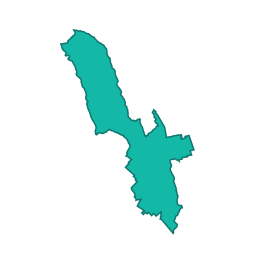 Ruginesti, Vrancea, Romania, rotated 51°
{"feature_id": "2599482B20408246844877", "entity_name": "Ruginesti", "entity_type": "district", "adm_level": 2, "iso_a3": "ROU", "parent_name": "Romania", "parent_adm1": "Vrancea", "projection": "natural_earth1", "projection_center": [27.072, 46.081], "detail": "fine", "context": "isolated", "style": "filled", "palette": "teal", "viewbox_px": 256, "rotation_deg": 51, "n_neighbors": 0, "source": "geoboundaries", "source_scale": "gbopen_adm2", "svg_char_len": 5915}
<svg xmlns="http://www.w3.org/2000/svg" viewBox="0 0 256 256"><g transform="rotate(51 128 128)"><path d="M223.3,137.6L224.2,136.0L222.2,135.2L221.8,135.3L221.5,135.5L220.4,137.0L219.2,137.5L218.5,137.4L215.6,135.8L214.6,135.2L214.3,134.8L213.7,133.5L212.8,133.0L212.7,132.6L212.4,132.0L212.1,131.8L211.4,131.6L209.9,131.6L209.5,131.0L209.1,130.8L208.2,130.3L207.3,130.0L206.6,129.7L205.8,128.9L204.7,128.4L204.0,128.2L202.8,127.6L201.0,127.2L200.1,126.6L198.2,126.4L197.6,125.2L197.1,124.6L196.7,124.0L195.4,123.3L193.9,122.9L190.7,122.5L189.7,122.2L189.3,121.9L187.5,121.8L185.8,120.3L185.6,120.0L185.2,118.7L184.8,118.0L184.1,117.6L180.9,116.6L180.0,116.2L179.7,115.8L179.5,115.2L179.6,114.6L179.8,114.2L179.9,113.7L180.9,112.5L181.5,110.6L183.4,110.4L184.3,109.5L185.8,109.2L185.1,108.9L185.0,107.9L186.2,105.8L185.4,105.2L185.2,104.3L187.8,100.0L186.8,99.6L189.0,95.6L184.8,94.1L186.4,90.5L172.2,85.3L170.5,89.0L172.1,89.6L171.3,90.9L171.5,90.9L170.7,92.6L170.1,93.5L168.4,92.8L168.9,91.8L166.8,90.8L165.6,93.2L165.2,93.2L162.2,98.8L162.4,98.9L162.2,99.6L160.9,101.5L159.6,104.0L150.4,99.0L135.9,96.8L135.3,96.9L134.0,96.8L133.3,96.6L132.6,96.0L131.5,96.4L130.1,96.5L131.3,99.2L131.5,99.4L132.8,99.3L134.2,99.4L135.8,100.7L136.1,100.8L138.4,100.7L139.2,101.4L139.4,102.7L140.0,102.9L141.5,103.2L142.3,103.0L142.7,102.5L143.7,102.9L145.4,103.1L145.0,103.8L144.7,104.9L144.8,105.3L145.4,106.1L145.6,107.2L145.3,109.2L145.4,109.7L145.7,111.7L145.7,113.0L145.6,114.4L145.1,115.4L145.1,115.6L145.4,116.0L146.5,117.0L145.7,117.8L145.6,118.1L145.8,119.7L142.9,119.1L141.8,118.5L139.7,117.9L138.1,117.0L137.4,116.9L136.5,116.4L133.5,116.0L132.6,115.6L131.8,115.4L130.6,114.9L130.0,114.3L129.4,113.5L128.9,113.0L128.3,113.4L127.3,115.4L127.8,116.6L127.5,116.9L127.5,117.7L127.4,117.9L126.8,118.3L126.3,118.3L125.6,118.8L124.8,120.1L124.0,120.4L122.0,120.4L120.6,120.8L119.8,120.7L119.0,120.5L118.0,119.8L117.3,119.6L116.6,118.5L116.1,118.3L115.1,118.0L114.4,117.3L113.8,116.9L113.5,116.8L112.6,116.8L111.9,116.4L111.6,116.4L111.0,115.8L110.6,115.5L109.5,116.0L108.1,115.6L107.2,114.9L106.2,113.9L105.1,113.7L103.4,112.9L101.3,112.9L100.0,112.5L98.6,112.7L97.6,112.7L96.8,112.1L96.5,111.0L95.0,109.9L93.9,109.9L92.9,110.1L92.0,109.6L89.9,109.9L87.3,109.4L86.6,109.0L86.4,108.8L86.0,108.1L85.7,106.8L84.8,105.9L83.3,105.7L82.2,105.1L80.8,105.1L80.3,104.9L77.5,103.7L76.0,102.6L75.5,102.1L74.3,102.1L73.6,101.9L72.4,102.3L71.3,102.3L70.9,102.5L70.4,102.2L69.7,101.5L69.1,101.2L68.2,101.1L66.3,100.4L65.2,100.2L64.9,99.9L64.7,99.5L64.3,99.1L63.5,98.8L62.8,98.3L61.7,98.1L61.4,98.5L60.4,98.6L57.6,97.9L53.3,95.0L51.1,95.1L48.1,94.7L47.8,95.1L47.0,95.5L46.1,95.7L45.3,95.6L44.4,96.4L43.4,96.9L41.5,97.0L41.0,97.3L40.1,97.4L38.9,97.3L37.8,97.6L36.7,97.2L36.0,97.2L35.6,97.7L33.8,98.6L32.0,98.9L30.2,99.3L27.7,101.1L26.0,101.5L25.4,101.8L24.5,102.7L23.0,103.6L22.5,103.8L22.2,104.2L22.0,104.9L21.2,105.8L19.9,106.4L17.6,108.6L17.8,108.7L19.1,108.6L20.4,108.9L20.9,109.2L21.8,110.4L22.0,111.2L22.0,111.9L21.8,112.3L21.9,113.2L21.8,113.5L22.2,114.0L22.4,114.3L21.9,115.1L22.1,116.3L22.5,116.9L22.5,117.7L22.3,118.3L22.5,119.4L22.6,120.1L23.5,120.8L23.6,121.1L23.4,122.2L23.3,122.7L22.5,123.7L21.7,125.2L21.6,125.7L20.9,126.7L19.9,127.6L21.5,127.2L21.8,127.6L22.6,128.2L24.2,128.6L24.4,128.9L24.7,129.0L26.1,129.3L26.5,129.2L27.5,129.2L28.5,129.0L28.7,128.8L30.1,128.7L31.1,129.4L31.5,129.9L31.9,130.9L32.9,130.8L33.5,130.1L33.4,129.6L34.4,128.3L35.3,128.3L35.9,128.5L36.2,128.8L36.2,129.3L36.1,129.7L36.3,129.9L36.2,130.2L36.3,130.8L36.6,131.1L36.9,131.2L37.7,131.1L38.5,130.6L39.3,130.4L40.3,129.6L40.8,129.3L41.4,129.2L43.8,130.0L47.0,130.3L47.5,130.6L48.2,130.8L49.1,131.5L51.8,132.2L52.1,132.5L53.6,134.3L54.7,134.7L56.9,134.4L58.2,134.3L59.4,133.8L60.9,134.0L61.8,134.5L62.2,135.1L63.1,135.5L63.7,136.0L64.5,136.0L65.3,136.3L65.8,136.9L66.1,137.1L68.0,137.4L68.8,137.2L70.0,137.2L73.4,138.2L75.3,139.1L75.7,139.6L76.9,140.0L77.0,140.9L77.6,141.5L79.5,142.7L81.0,142.4L82.3,142.6L82.6,142.9L82.2,143.3L82.7,144.3L82.9,144.5L83.8,145.2L84.6,145.3L85.3,145.8L86.4,146.1L87.6,146.9L88.6,147.1L93.3,148.5L95.4,149.6L96.3,149.8L99.8,150.7L101.3,150.7L104.5,151.2L106.2,151.8L106.8,152.0L108.0,152.9L110.0,155.5L112.6,157.0L113.6,156.5L113.6,156.4L113.3,156.1L113.5,155.7L113.2,154.4L113.8,153.2L114.1,152.8L114.6,152.6L114.8,152.2L115.8,151.6L116.6,150.6L116.6,150.2L116.9,149.6L117.0,148.1L117.5,147.4L117.4,146.6L117.1,145.8L117.3,145.2L117.2,143.7L117.6,143.3L119.0,142.9L119.7,142.5L120.4,141.9L120.9,141.3L122.9,140.7L123.8,140.2L124.1,139.8L125.2,139.4L126.1,138.6L126.7,138.6L127.2,138.2L127.8,138.2L128.0,138.0L128.5,137.9L131.2,136.3L131.7,136.3L131.9,136.7L134.3,136.1L136.4,135.9L137.3,136.3L138.7,136.4L138.9,136.7L139.2,136.8L141.1,137.1L143.3,137.6L143.9,138.7L144.9,140.5L145.5,142.5L146.6,144.6L147.5,144.4L148.6,147.1L148.9,146.7L149.6,146.6L149.9,146.3L151.2,145.9L152.7,145.8L154.6,145.0L154.9,149.0L155.1,149.4L155.8,149.2L156.2,150.4L156.5,150.4L156.6,151.0L156.3,151.1L157.0,154.7L165.4,153.4L166.1,153.1L167.6,152.8L168.5,153.0L168.8,152.9L168.9,154.2L172.8,153.8L172.9,154.9L173.0,155.0L175.5,154.9L175.9,157.6L176.6,163.2L177.4,163.4L178.7,164.0L182.3,163.8L183.1,164.2L185.3,164.9L185.4,166.4L187.8,166.4L188.7,166.6L189.2,167.2L189.5,166.1L190.6,164.5L191.5,162.8L192.6,165.7L194.6,169.9L202.3,167.4L202.6,170.7L204.9,170.5L204.5,167.3L206.7,167.2L206.5,165.1L210.9,164.8L210.6,161.8L214.1,161.6L214.0,155.0L214.3,155.0L214.7,155.4L215.1,156.1L216.6,157.4L217.4,157.7L217.5,157.9L217.4,158.4L218.8,159.8L219.1,160.3L220.5,159.5L238.4,159.2L238.3,158.8L236.9,157.7L235.8,156.6L235.7,154.0L235.4,152.1L235.3,151.8L235.0,151.5L233.8,150.4L233.4,150.4L232.5,150.7L230.6,150.8L229.8,150.8L229.0,150.3L227.7,147.7L226.7,146.5L226.5,146.2L226.5,145.6L226.9,145.1L226.8,144.5L226.8,143.7L225.6,142.9L225.4,141.0L224.4,139.8L223.9,138.3L223.3,137.6Z" fill="#14b8a6" stroke="#0f766e" stroke-width="1.5"/></g></svg>